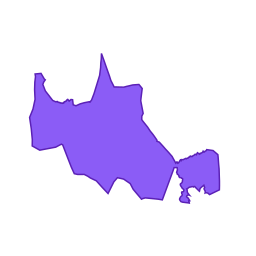 San Pedro y San Pablo Teposcolula, Oaxaca, Mexico, rotated 191°
{"feature_id": "50627088B89995688353205", "entity_name": "San Pedro y San Pablo Teposcolula", "entity_type": "district", "adm_level": 2, "iso_a3": "MEX", "parent_name": "Mexico", "parent_adm1": "Oaxaca", "projection": "equal_earth", "projection_center": [-97.55, 17.493], "detail": "fine", "context": "isolated", "style": "filled", "palette": "violet", "viewbox_px": 256, "rotation_deg": 191, "n_neighbors": 0, "source": "geoboundaries", "source_scale": "gbopen_adm2", "svg_char_len": 4508}
<svg xmlns="http://www.w3.org/2000/svg" viewBox="0 0 256 256"><g transform="rotate(191 128 128)"><path d="M218.6,92.1L210.4,89.4L203.9,92.0L195.3,95.4L192.1,98.0L190.3,99.4L188.9,99.0L181.7,87.5L176.2,78.8L172.0,72.9L168.7,72.8L163.5,73.8L162.2,74.1L158.3,73.0L155.5,71.8L154.8,71.6L152.9,71.1L149.0,70.1L141.7,64.6L135.1,59.9L131.6,72.5L128.9,77.2L125.0,77.1L122.5,77.0L118.6,75.3L115.3,73.9L114.7,73.2L111.2,68.8L106.0,64.6L102.0,61.4L101.2,60.7L100.1,61.5L97.7,62.7L92.4,63.2L84.7,63.9L80.6,64.0L75.7,94.2L75.2,97.9L72.4,98.5L72.2,98.5L72.0,98.1L71.9,97.6L71.8,97.3L71.6,96.8L71.6,96.5L71.5,96.2L71.5,95.6L71.5,95.3L71.7,95.2L71.7,94.6L71.8,94.2L71.8,93.8L71.7,93.4L71.4,93.2L71.1,93.0L71.0,92.7L70.9,92.2L70.7,92.0L70.3,92.0L69.5,91.4L69.0,90.9L68.8,90.7L68.8,90.2L68.6,89.9L68.3,89.6L67.9,89.3L67.6,89.2L67.1,89.3L66.3,89.3L65.9,88.9L65.5,88.9L64.8,88.7L64.6,88.3L64.5,87.5L64.5,87.1L64.5,86.8L64.5,86.6L64.4,86.0L64.5,85.3L64.5,85.0L64.7,84.5L64.9,84.3L65.3,83.7L65.6,83.5L65.9,83.1L65.9,82.9L65.9,82.5L65.8,82.3L65.6,81.8L65.4,81.5L64.7,80.9L64.7,80.7L64.0,80.1L63.2,79.1L62.5,78.8L62.0,78.6L61.9,78.4L61.6,78.3L61.3,77.5L61.2,76.9L61.4,76.4L61.6,76.1L62.1,75.7L62.3,75.7L62.7,75.7L63.1,75.3L63.1,75.0L62.7,73.8L62.2,73.3L62.1,73.1L62.0,72.7L62.1,72.2L62.2,71.7L62.6,71.3L62.9,71.0L63.4,70.0L63.5,69.8L63.5,69.3L63.7,68.9L63.8,68.4L63.8,68.0L63.6,67.5L63.5,67.3L62.1,65.9L61.9,65.8L60.3,65.6L54.5,66.0L53.5,66.0L53.7,66.6L54.0,67.0L54.3,67.5L54.5,68.0L53.5,68.3L53.8,68.8L54.4,69.4L55.1,70.1L55.3,70.6L55.9,70.8L56.9,71.4L57.4,71.7L57.3,72.7L56.7,73.4L56.3,73.7L55.4,73.8L54.8,73.7L55.4,74.2L56.1,74.9L56.7,75.4L57.2,75.9L57.6,76.5L57.8,77.4L58.1,78.3L58.4,78.9L58.7,79.4L58.3,79.5L57.8,80.1L57.4,80.7L56.8,81.3L56.1,81.8L55.3,82.0L54.7,82.3L53.9,82.7L52.9,82.8L52.4,82.6L52.0,83.2L51.3,83.3L50.5,82.6L49.1,81.7L48.6,81.3L47.8,80.9L47.0,80.2L46.2,79.8L45.8,79.6L45.7,82.4L44.7,83.8L43.7,85.0L42.6,86.3L41.8,84.9L41.3,84.0L41.8,83.2L41.5,82.3L40.9,81.6L40.4,81.2L39.9,79.6L39.9,78.9L39.3,79.3L38.2,79.4L37.2,79.3L36.7,79.1L36.2,78.7L35.7,78.5L35.2,78.2L30.4,81.8L26.5,84.7L26.7,85.9L27.2,88.8L28.1,93.4L29.3,98.6L30.3,103.1L30.8,105.3L32.1,109.7L33.4,114.5L34.0,116.7L34.7,119.0L40.2,122.1L46.6,121.8L46.8,121.1L47.0,120.6L47.4,120.3L47.9,120.0L48.0,119.7L48.2,119.4L48.6,118.9L48.8,118.8L49.8,119.6L49.9,119.1L50.2,118.4L50.7,117.8L51.2,117.5L51.7,116.9L51.8,117.0L52.1,116.9L52.3,117.0L52.5,116.8L52.6,116.4L52.9,115.9L53.7,116.3L54.4,116.7L55.1,117.0L55.3,116.4L55.6,115.6L55.7,114.8L56.1,114.8L56.6,115.1L57.3,114.9L57.5,114.4L58.2,113.7L58.7,113.4L59.1,113.0L59.3,112.4L59.9,112.1L60.4,112.1L60.8,112.4L61.2,112.4L61.7,112.1L61.7,111.6L62.0,111.2L62.3,111.3L62.6,111.1L63.0,110.6L63.5,110.0L63.5,109.7L64.0,109.6L64.4,109.5L64.6,109.1L64.9,108.9L65.4,109.0L65.8,109.1L66.5,108.4L67.4,107.8L67.8,107.4L68.4,107.3L69.2,107.3L69.6,106.2L70.0,106.7L70.4,106.8L70.8,105.9L71.4,104.3L71.7,103.5L72.4,102.9L73.2,104.0L73.8,103.9L74.4,102.6L78.4,107.4L79.3,108.5L83.4,111.7L85.7,113.4L87.1,114.4L89.9,116.6L92.7,118.7L94.6,120.1L97.1,120.5L97.2,121.5L100.0,124.3L101.9,126.1L105.9,129.5L108.9,132.6L113.5,136.5L114.9,137.7L116.1,138.9L116.7,142.3L115.9,145.2L116.1,145.7L120.7,157.2L121.0,160.7L121.6,169.5L122.8,170.5L123.6,171.2L125.6,172.8L128.9,171.9L130.7,171.4L131.5,171.2L135.2,169.5L137.5,168.5L139.9,167.3L145.1,166.4L147.6,166.0L149.4,165.6L150.0,166.4L153.9,171.4L156.2,175.6L161.7,184.9L164.0,188.9L168.3,196.1L167.4,190.6L167.1,186.7L166.4,182.0L165.9,174.2L167.9,155.4L169.1,148.5L170.3,146.1L170.8,146.1L171.0,146.4L175.7,144.5L179.5,142.6L183.3,139.9L186.2,140.3L187.8,145.2L189.4,145.1L190.9,143.2L192.6,144.6L193.0,144.3L193.2,144.0L193.2,143.8L193.3,143.7L193.5,143.6L193.7,143.2L193.9,142.8L193.9,142.5L194.1,142.4L194.5,142.2L194.7,141.9L194.9,141.7L195.4,141.7L195.5,141.5L195.6,141.2L195.8,141.1L195.9,140.7L196.0,140.7L196.2,140.3L196.1,140.1L196.4,140.0L196.6,139.9L196.9,140.0L197.1,139.7L197.3,139.7L197.9,139.9L198.2,139.8L198.4,139.7L198.5,139.6L198.9,139.8L199.2,139.7L199.3,139.7L199.6,139.9L199.8,139.9L199.9,140.0L200.2,139.9L200.4,140.0L200.5,140.0L200.8,139.9L201.0,139.9L201.3,140.1L201.7,140.0L201.9,140.1L202.1,140.2L202.3,140.5L202.7,140.5L202.9,140.3L203.1,140.2L203.6,140.0L203.7,139.9L203.9,139.9L207.2,140.7L216.2,148.6L219.9,154.5L219.5,157.0L218.4,159.5L219.4,160.0L223.8,165.0L229.5,163.3L228.6,160.7L228.2,155.2L227.0,147.8L224.7,138.4L224.9,128.4L226.6,119.6L222.8,108.8L219.7,98.3L218.6,92.1Z" fill="#8b5cf6" stroke="#5b21b6" stroke-width="1.5"/></g></svg>